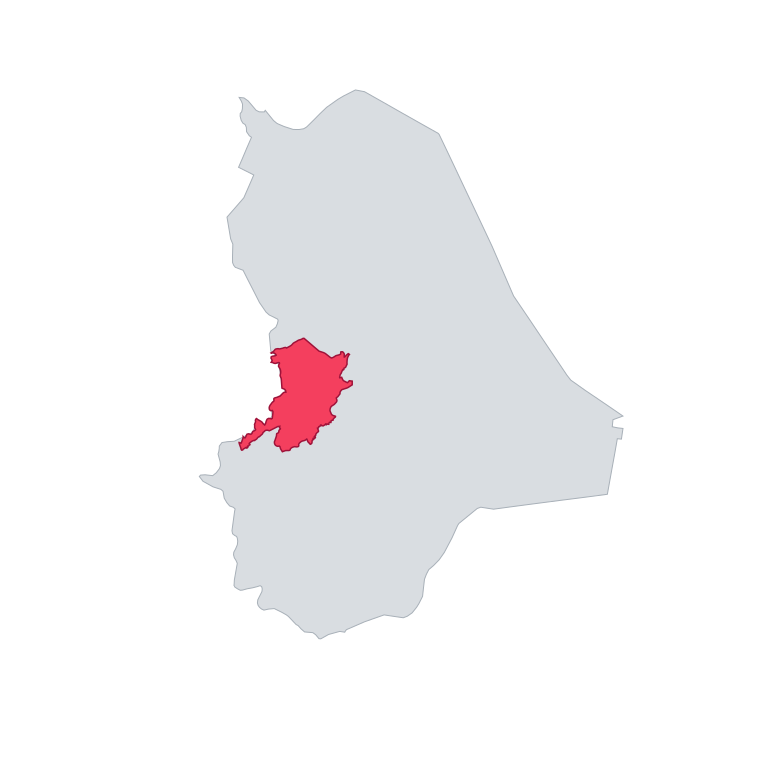 Iraq, with Diyala highlighted, rotated 204°
{"feature_id": "IRQ-3243", "entity_name": "Diyala", "entity_type": "Province", "adm_level": 1, "iso_a3": "IRQ", "parent_name": "Iraq", "parent_adm1": "", "projection": "natural_earth1", "projection_center": [45.079, 34.055], "detail": "fine", "context": "in_parent", "style": "filled", "palette": "rose", "viewbox_px": 768, "rotation_deg": 204, "n_neighbors": 0, "source": "natural_earth", "source_scale": "10m", "svg_char_len": 8873}
<svg xmlns="http://www.w3.org/2000/svg" viewBox="0 0 768 768"><g transform="rotate(204 384 384)"><path d="M318.9,141.3L323.8,140.0L332.8,132.6L338.1,125.5L339.8,124.9L344.5,127.2L347.9,127.9L355.7,125.2L360.3,126.6L364.2,128.4L366.4,128.5L376.8,132.8L379.4,133.4L384.8,133.9L392.9,134.2L398.1,131.3L401.7,128.6L404.3,128.6L406.8,129.3L408.9,130.5L410.6,132.5L411.5,135.5L411.1,144.8L411.9,147.3L413.3,149.1L415.1,149.4L417.3,147.4L421.1,144.4L425.8,141.2L429.4,138.2L431.4,137.1L434.5,137.3L437.6,137.8L439.3,139.2L439.3,139.7L441.0,144.1L445.1,160.5L447.4,162.6L450.1,164.4L452.0,166.8L452.8,169.3L452.5,173.1L452.6,177.5L453.7,180.9L455.3,183.5L456.7,184.8L458.8,184.9L461.4,185.6L463.2,188.1L468.7,206.9L469.2,209.3L471.5,210.1L475.4,209.8L479.3,211.7L483.5,214.7L487.4,220.5L490.1,221.4L498.4,220.5L509.8,221.5L515.1,224.4L514.5,226.2L510.5,228.3L503.2,230.6L501.1,234.7L499.9,239.9L500.2,242.9L501.9,246.1L507.1,252.5L507.4,254.9L508.3,258.1L509.2,260.3L508.2,264.6L503.6,267.6L497.5,270.8L485.3,285.1L484.4,288.2L484.4,296.7L483.2,299.1L479.4,299.1L476.3,298.7L476.2,301.6L474.2,305.6L473.1,309.0L477.7,317.2L478.5,321.5L477.8,325.4L473.6,332.2L471.1,336.7L471.7,337.8L475.0,339.6L485.2,354.5L488.4,359.7L492.7,358.3L494.3,358.4L495.6,359.3L496.4,361.0L496.4,363.3L495.3,366.6L500.8,368.0L502.7,371.4L509.2,383.0L508.9,386.4L505.9,391.9L505.9,395.5L506.5,398.8L507.5,400.0L517.0,400.4L521.0,401.7L530.8,407.7L542.0,416.8L551.2,424.2L559.0,430.6L567.3,430.1L569.6,431.3L571.7,433.3L574.1,438.5L579.0,450.3L583.1,454.2L589.4,463.7L595.3,472.6L591.6,484.6L587.8,497.1L587.9,513.3L588.0,522.0L596.0,522.4L605.0,522.8L605.1,533.2L605.3,543.6L605.4,555.5L608.0,556.0L612.2,558.6L614.1,562.4L616.3,564.5L619.0,564.9L621.7,566.8L624.4,570.2L625.4,572.8L624.7,574.6L625.3,577.8L627.1,582.2L629.4,584.4L632.9,586.9L628.2,588.4L623.1,587.3L612.1,582.0L608.6,581.9L604.0,583.9L603.8,585.7L592.2,579.8L588.0,578.6L586.6,578.5L579.9,578.6L570.5,579.6L565.0,582.0L561.2,584.5L559.4,587.0L558.8,588.3L555.9,595.7L552.4,605.0L548.9,613.5L541.9,625.3L538.0,630.8L529.7,641.0L520.7,643.1L499.8,641.1L476.6,638.8L453.5,636.6L436.4,635.0L435.1,634.4L418.1,619.9L404.7,608.4L388.0,594.0L371.0,579.4L353.7,564.5L341.2,553.7L326.1,539.8L312.3,527.1L301.4,517.1L287.4,508.4L276.5,501.6L260.6,491.6L248.0,483.7L237.1,476.9L220.4,466.4L214.9,463.5L197.5,460.0L181.1,457.1L164.0,454.0L152.7,451.9L160.3,444.5L158.1,437.8L152.6,439.0L147.6,440.6L144.7,430.2L148.6,428.9L145.2,415.4L141.8,401.4L138.5,387.9L135.1,374.1L149.6,365.2L160.4,358.6L175.6,349.4L190.2,340.5L204.1,332.0L219.4,322.6L233.0,314.2L245.5,310.8L248.2,308.2L254.0,296.7L258.9,287.0L259.2,284.7L259.3,270.9L260.4,254.6L262.1,245.9L264.9,238.3L267.6,232.7L267.9,227.4L267.6,222.1L265.1,214.1L262.4,205.7L262.8,197.6L263.4,193.3L265.2,186.4L268.2,181.4L271.3,178.3L283.1,175.0L290.0,173.1L299.4,164.2L305.0,158.9L312.7,150.5L318.4,144.3L318.9,142.1L318.9,141.3Z" fill="#d9dde1" stroke="#a8b0b8" stroke-width="1"/><path d="M491.2,278.6L490.3,278.1L489.1,278.2L488.8,279.4L488.9,281.0L488.7,282.5L487.3,283.5L485.8,283.6L485.2,283.9L484.7,284.6L484.5,285.4L484.6,286.6L484.5,287.3L483.1,289.0L482.7,290.0L483.5,290.9L483.9,291.1L484.3,291.5L484.7,291.9L485.0,293.1L485.5,293.8L485.8,294.2L485.9,295.4L485.9,296.5L486.1,297.6L486.7,298.4L486.8,298.8L486.8,299.5L486.7,300.2L486.5,300.6L486.2,300.6L485.1,300.2L481.6,299.9L480.0,299.6L478.3,298.6L476.3,298.0L476.1,299.7L476.5,302.3L476.5,304.1L475.9,305.1L475.2,305.8L472.6,306.4L472.1,307.2L473.7,312.3L474.3,313.7L475.3,314.4L476.3,313.6L477.4,313.6L478.4,314.2L479.2,315.5L479.5,316.9L479.4,318.4L478.7,321.4L478.5,322.0L477.8,323.2L477.7,323.7L477.9,324.5L478.6,325.5L478.6,326.2L478.1,326.9L476.0,328.6L475.3,329.5L474.0,330.6L473.5,332.0L473.0,333.5L472.3,335.3L471.8,335.7L471.4,336.1L470.3,336.6L471.3,338.1L472.5,338.7L473.8,338.8L475.3,338.6L475.6,338.8L480.1,347.2L480.8,347.9L481.6,348.6L482.3,349.4L482.6,350.4L482.8,351.7L483.2,352.8L483.7,353.8L484.4,354.8L485.2,355.6L487.6,357.3L487.9,358.3L487.9,360.5L488.3,360.9L489.1,360.7L490.0,360.1L491.4,358.7L492.4,358.3L494.8,358.2L495.9,357.9L495.7,359.9L496.6,360.8L497.7,361.6L498.1,362.9L497.4,363.9L495.0,365.4L494.2,366.5L495.1,367.2L496.6,367.6L498.2,367.4L499.1,366.5L499.3,366.3L499.6,366.3L499.9,366.4L499.1,367.4L498.3,368.8L498.1,369.2L497.5,371.4L497.1,371.9L496.6,372.3L495.4,373.1L494.8,373.3L494.1,373.4L493.4,373.8L491.0,375.6L490.4,376.2L490.0,376.6L489.4,377.0L488.7,377.4L488.4,377.4L487.8,377.2L487.6,377.3L487.3,377.7L486.7,378.5L485.0,380.7L484.5,381.5L484.2,382.1L483.9,383.0L483.5,384.3L482.8,385.4L481.5,387.0L480.3,388.8L480.0,389.2L478.0,390.9L477.2,391.8L476.6,392.7L475.6,393.2L456.7,387.6L451.8,388.1L450.0,388.0L444.1,386.5L442.6,386.4L441.6,387.2L440.5,388.7L439.4,390.4L437.2,392.1L436.3,393.0L435.8,393.8L436.2,394.8L436.5,395.7L436.3,395.8L435.7,396.3L435.2,396.5L434.6,396.5L434.0,396.3L433.0,395.7L432.6,395.3L432.3,394.9L432.1,394.3L431.6,393.1L431.3,392.5L430.9,392.7L430.6,393.6L430.1,395.2L429.6,396.1L429.1,397.1L428.8,397.3L427.6,396.9L427.9,396.1L428.0,393.6L427.8,392.3L427.4,390.8L426.5,388.4L425.8,387.1L425.9,383.6L426.4,382.9L426.9,382.3L427.0,382.1L426.9,381.8L426.7,381.4L426.6,380.9L427.0,379.9L427.0,380.4L426.9,380.6L426.9,380.8L427.1,380.8L427.3,380.7L427.6,379.8L427.5,376.1L427.7,375.4L427.8,374.7L427.4,372.8L427.3,372.1L426.9,371.7L425.4,372.9L423.5,371.2L422.5,370.6L421.9,370.5L418.0,370.3L417.7,370.8L417.0,372.9L414.2,373.7L412.7,370.3L415.4,366.2L416.2,365.3L417.4,364.2L418.2,363.5L420.2,361.7L420.7,360.1L420.8,358.5L420.2,357.1L421.0,353.7L421.2,353.3L421.9,352.1L421.9,351.8L421.8,351.6L420.8,350.5L420.5,350.1L420.2,349.6L420.1,349.0L420.1,348.4L420.2,347.9L421.1,345.2L422.9,342.4L423.2,341.3L423.2,340.1L423.0,339.0L422.7,338.0L422.1,337.2L419.7,335.0L419.0,334.7L417.6,334.5L416.2,334.7L415.4,334.8L415.2,334.8L415.1,334.6L415.0,334.1L415.1,333.8L415.6,333.0L415.8,332.2L416.1,331.2L416.1,330.8L415.8,330.4L415.9,330.2L417.0,329.4L417.2,329.2L417.3,328.8L417.3,328.6L417.2,328.4L416.9,327.7L416.9,327.2L417.1,327.1L417.5,327.0L418.1,326.9L418.3,326.7L418.3,325.2L418.0,324.8L418.0,324.7L418.7,324.4L419.3,324.5L419.5,324.4L419.7,324.2L419.9,323.8L420.2,323.2L420.5,323.2L420.6,323.3L420.7,323.5L420.5,323.8L420.8,324.0L421.0,323.9L421.1,323.7L421.2,323.2L421.4,322.7L422.4,321.1L422.6,321.0L423.1,320.8L423.9,320.8L424.4,320.4L424.6,320.4L425.0,320.9L425.3,320.5L425.3,319.4L425.4,319.1L426.2,318.5L426.2,318.3L426.1,317.1L426.8,316.6L426.2,315.9L425.8,315.6L425.4,315.3L425.0,314.8L424.7,314.4L424.6,314.0L424.6,313.7L425.0,313.1L425.5,312.0L425.8,310.8L425.8,310.3L425.5,309.2L425.9,308.6L426.2,307.7L425.9,307.6L425.6,307.7L425.3,307.7L425.2,307.6L425.2,307.4L425.5,307.0L425.6,306.8L425.4,306.7L425.0,306.9L425.0,306.6L425.3,306.2L425.5,306.0L426.4,305.8L426.6,305.6L426.6,305.4L426.4,304.9L426.2,304.7L425.8,304.6L425.9,304.4L426.5,303.8L426.6,303.4L426.6,303.0L425.9,301.0L425.9,300.4L426.1,299.8L426.7,299.0L426.9,298.9L427.3,299.2L428.3,299.6L429.1,299.8L429.5,300.0L430.1,300.4L431.9,302.1L432.2,302.3L432.3,302.2L432.6,301.5L432.9,300.9L433.5,300.2L434.4,299.4L435.2,298.9L435.9,298.1L436.5,297.3L437.3,295.5L437.4,294.6L437.3,293.9L436.8,293.1L436.7,292.7L436.7,292.4L436.9,292.0L437.4,291.5L438.5,290.9L439.9,290.5L440.5,290.2L441.2,289.6L442.2,288.6L442.9,287.4L443.1,286.8L443.0,285.8L443.0,285.4L443.4,284.9L443.9,284.5L445.3,283.9L446.9,283.1L449.3,280.8L452.0,282.6L453.0,283.7L453.5,284.4L453.9,284.6L454.2,284.7L454.5,284.6L455.7,283.9L456.1,283.8L456.7,283.7L457.8,283.8L458.4,284.0L458.9,284.3L459.6,284.9L460.0,285.4L460.4,286.1L460.6,286.6L460.7,288.8L460.9,290.2L460.9,290.9L461.0,291.7L461.2,293.1L461.8,294.7L461.8,294.9L461.7,295.2L460.8,296.3L460.7,296.6L460.6,296.9L460.7,297.6L461.0,298.5L461.0,299.2L460.8,300.0L460.4,300.7L460.4,300.9L460.6,301.2L460.7,301.3L461.1,301.4L461.6,301.5L461.8,301.7L461.9,302.0L462.0,303.0L463.7,302.0L469.2,295.2L469.8,294.6L470.2,294.6L471.2,294.5L472.2,294.2L473.1,293.6L473.5,293.3L473.7,293.0L473.9,292.1L474.5,291.1L474.8,290.3L474.8,290.1L474.7,289.8L474.7,289.4L474.8,288.9L474.9,288.6L475.1,288.1L475.6,287.1L476.3,285.4L476.5,285.0L476.8,284.8L477.1,284.7L477.7,283.1L477.8,282.4L478.2,281.4L478.7,280.9L478.9,280.5L479.1,279.8L479.2,279.7L479.7,279.7L481.0,278.5L481.4,277.9L482.5,276.0L482.8,275.5L482.9,275.1L482.9,274.6L482.7,274.4L481.9,274.3L481.8,273.9L482.3,273.5L482.4,272.6L482.6,272.3L483.1,272.1L483.3,271.6L483.3,271.4L483.0,271.4L482.8,271.4L482.7,271.2L482.7,270.7L482.8,270.4L483.1,269.8L483.3,269.6L483.5,269.6L483.6,270.1L484.1,269.9L484.5,269.7L484.9,268.9L485.1,268.5L485.7,267.9L486.1,267.2L486.2,266.4L486.7,265.9L487.0,265.7L487.3,265.7L488.0,266.3L488.3,266.5L488.5,267.0L492.0,270.7L492.6,271.6L492.0,271.8L491.7,271.8L491.1,271.7L490.6,271.7L490.5,271.8L490.4,272.2L490.9,277.9L491.2,278.6Z" fill="#f43f5e" stroke="#9f1239" stroke-width="1.5"/></g></svg>